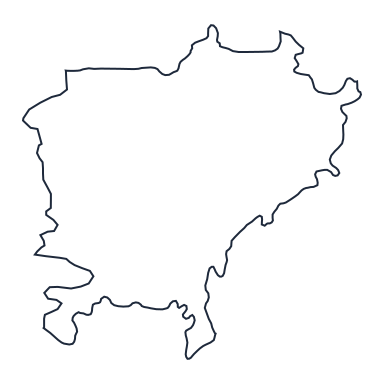 Byalynichy, Mogilev, Belarus
{"feature_id": "67162791B99339401725810", "entity_name": "Byalynichy", "entity_type": "district", "adm_level": 2, "iso_a3": "BLR", "parent_name": "Belarus", "parent_adm1": "Mogilev", "projection": "albers", "projection_center": [29.744, 53.9], "detail": "fine", "context": "isolated", "style": "outline", "palette": "slate", "viewbox_px": 384, "rotation_deg": 0, "n_neighbors": 0, "source": "geoboundaries", "source_scale": "gbopen_adm2", "svg_char_len": 4665}
<svg xmlns="http://www.w3.org/2000/svg" viewBox="0 0 384 384"><path d="M280.0,31.7L280.4,33.6L280.5,37.7L280.7,41.4L278.9,46.4L277.6,48.6L275.0,50.4L271.9,51.5L267.1,51.6L262.0,51.8L245.9,52.0L238.6,52.0L232.9,51.1L228.7,48.9L225.7,48.0L222.4,47.2L220.0,46.2L219.7,43.3L217.3,41.7L217.0,39.9L217.7,36.3L217.9,33.1L216.1,28.2L213.5,25.5L211.0,25.2L208.3,28.5L208.1,33.3L208.1,36.1L206.5,38.2L203.2,39.7L199.0,41.2L195.1,42.7L191.9,45.3L192.2,48.3L190.6,51.0L190.6,52.4L189.4,54.2L187.5,56.2L184.9,58.5L182.8,59.9L180.6,61.8L179.5,63.9L179.0,66.1L178.5,68.4L177.3,70.7L176.0,71.3L173.5,72.2L171.7,73.3L169.1,74.8L165.2,75.1L162.3,74.0L159.3,71.4L157.5,69.1L154.8,67.9L150.8,67.4L146.2,67.7L141.7,68.0L138.4,68.8L133.8,69.1L119.3,68.8L100.9,68.6L94.2,68.9L88.8,68.3L83.0,69.3L80.1,70.4L77.6,70.7L73.0,70.9L67.8,70.8L65.8,70.6L65.9,70.9L66.3,80.4L67.0,89.5L60.1,94.8L51.7,97.0L40.3,102.7L29.2,109.5L23.4,118.2L23.0,120.5L23.9,121.4L30.6,127.8L37.5,129.0L39.3,135.5L41.6,143.9L38.9,145.4L37.0,153.0L39.6,158.3L42.6,162.2L43.0,168.3L43.0,173.6L43.3,179.7L47.5,187.4L50.9,193.9L50.9,199.2L50.8,208.0L46.2,211.4L46.2,214.9L53.4,219.9L57.6,224.9L54.1,231.0L47.6,231.7L40.4,235.1L43.8,240.9L44.5,245.5L41.4,247.4L37.2,251.5L34.9,254.6L46.0,256.2L59.8,257.8L66.3,258.9L69.7,262.0L74.6,265.1L82.3,268.2L89.9,270.9L93.4,276.3L88.7,283.5L80.7,286.6L71.1,288.5L57.7,286.9L49.7,287.2L44.3,292.9L48.1,298.7L56.5,299.9L61.5,303.4L57.6,309.1L51.1,312.1L44.9,314.8L44.1,318.6L44.1,327.4L43.6,328.0L46.1,329.9L50.2,332.9L53.7,336.0L55.8,337.9L58.3,340.1L61.6,342.5L64.0,343.6L69.3,344.5L72.6,343.8L74.2,341.7L75.0,338.9L75.2,335.7L76.0,333.9L77.1,331.7L76.6,328.4L75.4,325.5L74.0,322.6L72.4,320.5L72.7,317.8L73.7,315.9L75.8,313.8L78.6,312.2L80.1,313.0L83.5,313.4L86.3,314.7L88.2,314.9L90.7,314.2L91.6,312.4L92.0,310.7L92.2,308.0L92.9,304.7L95.1,303.5L98.7,303.0L100.1,302.2L100.7,300.8L101.1,298.9L104.2,296.7L107.3,297.5L109.9,299.9L111.3,303.0L114.2,305.2L118.3,306.2L123.3,306.6L128.5,306.3L130.7,305.2L132.5,303.3L135.8,302.4L138.5,302.9L140.9,304.7L141.7,306.0L144.2,307.0L147.8,307.6L150.9,308.3L156.3,309.2L160.1,309.3L162.7,309.3L165.6,308.6L167.6,308.0L169.1,306.2L170.3,303.6L172.9,301.3L175.9,300.9L177.7,304.0L177.8,306.9L179.1,307.9L181.7,306.2L184.1,304.9L186.4,306.0L186.8,309.1L185.5,311.3L182.9,314.5L183.2,316.7L186.0,318.8L188.8,317.9L190.1,316.2L192.3,315.0L193.9,316.9L194.7,320.3L193.9,323.0L193.0,325.2L191.0,327.9L188.1,329.5L186.1,330.7L185.4,332.2L185.8,335.5L186.6,338.3L187.4,342.6L186.8,346.8L186.2,350.1L185.7,354.3L186.2,356.8L187.5,358.8L189.2,358.7L190.9,357.7L192.2,356.1L194.1,353.9L197.2,350.9L199.9,348.4L203.2,346.0L205.5,344.8L210.5,342.5L213.8,340.1L214.5,337.7L215.0,335.5L215.5,333.9L215.3,333.9L214.0,331.5L212.2,327.5L211.2,323.4L208.8,318.9L206.7,313.1L204.8,307.9L206.0,303.4L207.7,301.0L208.8,297.4L208.3,293.3L205.8,290.0L205.3,285.5L206.2,282.5L207.2,279.2L208.2,272.8L209.6,268.4L211.7,266.8L213.4,266.8L214.8,269.6L215.6,271.6L217.9,275.2L219.8,276.6L221.3,276.6L222.7,275.9L224.1,273.2L224.7,269.5L225.6,264.9L226.6,262.2L227.1,260.1L226.5,256.8L226.1,254.1L226.6,251.2L229.4,248.9L231.2,246.2L231.6,240.8L234.8,237.2L240.0,231.9L244.3,228.0L246.8,225.0L252.0,221.6L255.6,218.3L257.5,216.9L259.7,215.7L261.8,216.8L262.1,219.5L261.9,221.7L261.8,224.5L264.7,225.7L266.8,223.8L267.8,223.4L269.8,223.4L271.7,222.4L272.9,220.5L272.6,217.9L272.6,214.5L274.3,211.8L276.8,208.8L278.4,205.6L280.3,203.7L283.5,203.3L285.9,202.5L290.0,199.9L292.4,198.3L295.3,196.3L298.1,194.2L299.8,192.3L301.6,190.4L303.7,188.9L306.1,188.0L307.6,187.8L310.6,187.1L313.6,186.9L317.4,185.2L317.7,182.8L317.0,179.2L315.7,176.7L315.1,174.3L316.5,171.5L318.7,171.0L322.0,170.3L324.5,169.9L327.3,169.9L331.1,172.1L333.0,175.0L335.2,175.9L337.6,175.4L339.3,173.0L338.1,170.0L336.2,168.0L332.6,165.6L330.8,163.4L329.8,159.6L331.3,155.5L334.9,151.2L338.3,147.9L342.1,143.5L343.2,139.2L343.4,134.6L343.2,130.6L343.0,125.0L345.5,121.9L346.7,118.3L346.4,115.9L344.8,114.4L342.4,112.0L341.0,108.8L341.5,105.8L345.6,104.5L347.7,104.1L351.6,102.7L354.7,101.2L357.6,99.3L359.6,97.6L361.0,94.6L360.3,92.1L358.6,91.4L357.3,88.5L357.3,85.3L357.1,81.5L356.9,81.6L354.4,81.6L352.4,79.7L350.0,78.2L347.4,78.8L345.9,81.0L344.4,84.9L342.8,87.7L339.5,91.0L335.6,93.2L329.8,94.0L324.0,93.2L320.7,92.3L318.5,91.9L315.8,89.8L314.3,87.8L313.1,83.2L311.9,79.4L310.3,77.4L308.8,75.2L306.7,74.9L304.0,74.5L300.8,74.0L296.6,72.8L294.3,71.5L294.1,69.6L295.6,67.8L297.9,66.1L298.4,64.1L296.4,60.7L294.7,58.1L295.7,54.8L298.2,54.1L301.4,53.3L302.6,52.7L303.3,48.3L299.2,45.0L295.7,41.6L292.8,37.8L290.8,35.4L288.5,34.5L285.0,33.7L280.0,31.7Z" fill="none" stroke="#1e293b" stroke-width="2"/></svg>